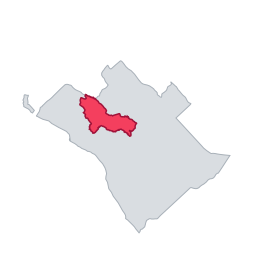 Malanje highlighted on a map of Angola, rotated 317°
{"feature_id": "AGO-1876", "entity_name": "Malanje", "entity_type": "Province", "adm_level": 1, "iso_a3": "AGO", "parent_name": "Angola", "parent_adm1": "", "projection": "equal_earth", "projection_center": [17.064, -9.524], "detail": "fine", "context": "in_parent", "style": "filled", "palette": "rose", "viewbox_px": 256, "rotation_deg": 317, "n_neighbors": 0, "source": "natural_earth", "source_scale": "10m", "svg_char_len": 8644}
<svg xmlns="http://www.w3.org/2000/svg" viewBox="0 0 256 256"><g transform="rotate(317 128 128)"><path d="M190.8,123.7L191.0,125.5L191.2,128.0L191.3,129.9L191.5,130.7L191.5,131.1L191.3,131.6L191.2,132.7L190.9,133.7L190.7,134.3L190.8,135.6L190.6,139.2L190.5,141.1L190.9,144.3L190.8,145.3L189.9,148.3L189.7,149.8L189.6,150.5L190.5,152.7L190.5,153.2L189.8,153.3L189.2,153.4L169.9,153.4L169.7,191.1L169.6,194.3L170.2,198.6L171.3,203.2L171.7,203.6L172.9,204.5L174.4,206.2L175.3,207.5L177.1,209.8L179.5,212.7L183.8,217.6L169.2,221.2L163.6,222.5L163.1,222.5L162.3,222.0L160.5,221.9L158.4,222.6L156.7,222.8L155.5,222.5L154.3,221.9L153.1,221.0L151.1,220.6L148.2,220.9L145.4,220.7L142.8,220.1L140.8,219.9L139.7,220.0L138.4,219.8L137.1,219.3L136.0,218.4L134.7,216.6L133.7,214.8L133.4,214.6L133.1,214.3L132.7,214.2L127.0,214.2L92.0,214.1L87.9,214.4L87.6,214.3L87.1,214.1L86.7,213.7L85.6,212.7L84.6,212.0L83.2,210.7L82.3,209.3L81.6,208.9L80.3,208.6L79.3,208.4L78.5,208.3L77.1,209.0L76.0,209.6L75.2,210.2L73.9,211.0L72.8,211.7L70.9,211.6L70.5,211.7L69.4,211.6L68.4,211.0L67.3,211.1L66.2,211.9L64.6,212.2L64.9,207.0L65.3,204.7L65.3,201.9L65.0,194.8L64.7,193.8L64.5,192.6L65.5,191.7L66.0,191.1L66.7,189.9L67.2,188.2L67.7,184.6L69.8,176.1L70.7,167.8L72.0,163.8L72.5,159.4L76.0,153.7L76.9,150.2L78.7,148.5L81.3,146.7L83.2,143.4L84.1,141.1L85.1,136.8L85.1,132.3L85.7,126.2L85.6,124.5L84.6,122.1L84.4,120.3L83.5,118.6L82.5,117.4L82.0,115.1L80.3,111.5L79.8,109.0L79.0,107.3L78.9,105.2L78.4,102.9L77.6,100.7L76.8,98.1L76.8,97.3L77.3,96.4L77.8,96.1L77.6,96.5L77.3,97.1L77.4,97.6L80.5,93.1L80.7,92.2L80.6,91.2L80.6,90.0L80.7,88.6L77.7,80.4L75.3,72.7L74.9,68.8L71.7,63.6L70.4,60.3L69.7,58.0L69.2,57.1L69.4,56.6L70.2,56.5L72.0,56.0L74.5,55.4L76.8,54.0L77.4,53.4L78.6,53.3L79.8,53.7L80.3,53.4L80.5,53.4L83.4,53.4L84.6,53.3L86.9,53.3L88.3,53.4L89.1,53.6L91.3,53.8L94.0,53.8L94.9,53.7L98.5,53.6L105.1,53.4L108.6,53.4L111.3,53.4L112.5,53.9L113.6,54.9L114.1,55.7L114.3,56.1L114.7,56.9L115.3,57.6L115.5,58.7L115.3,60.2L115.4,62.0L115.7,64.0L116.5,66.2L117.6,68.5L118.1,70.3L117.9,71.6L118.3,73.0L119.1,74.5L119.7,75.3L120.0,75.9L121.0,78.2L124.0,84.5L124.5,84.8L125.1,84.7L126.5,84.4L127.9,84.4L128.9,85.0L129.3,84.9L130.8,83.8L132.3,83.4L133.9,83.0L134.7,82.5L135.7,82.5L138.2,83.4L138.7,83.5L140.8,83.5L142.8,83.0L143.1,79.3L143.2,78.6L143.7,77.2L144.3,76.0L144.4,74.9L144.3,73.3L144.8,71.4L146.2,69.9L148.4,69.2L149.7,69.1L151.7,68.6L154.8,68.2L155.9,68.3L156.0,68.5L155.3,71.1L155.3,72.0L155.5,72.8L156.1,73.3L162.1,73.4L168.0,73.7L168.3,73.8L168.6,74.0L168.9,75.3L168.8,77.8L168.3,81.6L168.5,85.0L169.4,88.2L169.5,93.2L168.7,99.8L168.5,104.0L168.9,105.8L169.9,107.6L171.3,109.6L172.5,112.0L173.2,115.1L173.5,117.0L173.3,117.8L173.3,119.2L173.5,121.1L173.3,122.4L172.5,123.1L172.2,123.9L172.6,125.6L172.7,127.2L173.2,128.2L173.6,128.2L174.4,127.7L175.4,126.7L176.1,126.2L177.2,126.3L178.8,126.6L181.5,126.7L182.3,126.5L184.9,125.1L185.5,125.0L186.5,125.2L187.9,125.6L189.4,125.6L190.1,125.2L190.1,124.7L190.4,123.9L190.8,123.7ZM77.4,36.1L77.2,36.4L76.1,37.0L74.8,37.6L73.2,39.9L72.4,41.0L72.2,41.2L71.4,41.8L70.9,42.3L70.9,42.5L71.3,42.9L71.6,43.4L71.6,47.2L71.5,51.1L71.3,51.4L70.2,51.5L68.9,51.8L68.4,51.9L68.3,51.6L67.8,50.2L68.1,48.8L68.3,47.9L68.0,45.8L67.3,44.0L66.6,41.8L66.4,41.3L67.0,40.6L67.9,39.0L68.3,38.1L69.4,38.0L69.8,37.4L70.1,36.4L70.2,35.9L71.4,35.5L72.9,34.7L73.7,33.8L74.5,33.2L75.0,33.2L75.4,33.5L76.3,35.0L77.1,35.9L77.4,36.1Z" fill="#d9dde1" stroke="#a8b0b8" stroke-width="1"/><path d="M119.5,74.7L119.5,75.0L119.7,75.4L119.7,75.2L119.8,75.2L120.0,75.3L120.3,75.4L120.3,75.5L120.0,75.7L120.0,75.9L120.0,76.0L120.2,76.3L120.4,76.7L120.5,77.3L120.7,77.6L121.2,78.0L121.4,78.2L121.4,78.4L121.4,78.7L121.4,79.0L121.6,79.1L121.6,79.3L121.8,79.4L121.8,79.5L121.7,79.8L121.7,80.0L121.9,80.2L122.0,80.4L122.2,80.5L122.3,80.5L122.4,80.8L122.4,81.0L122.6,81.0L122.8,81.2L122.8,81.4L122.8,81.6L123.0,81.6L123.1,81.8L123.0,82.1L123.0,82.3L123.3,82.6L123.3,82.9L123.5,82.7L123.5,83.1L123.6,83.3L123.9,83.6L124.0,83.7L124.1,83.9L123.9,84.3L124.0,84.5L124.0,85.0L123.9,85.1L123.9,85.3L124.0,85.5L124.2,87.5L124.2,87.8L124.3,88.2L124.4,88.3L124.3,88.6L124.1,89.0L124.0,89.3L123.9,89.7L123.9,90.1L124.0,90.6L124.5,91.8L124.6,92.6L124.6,95.1L124.4,96.5L124.3,96.8L124.4,97.2L124.5,98.5L124.5,99.0L124.3,99.8L124.2,100.4L124.0,100.7L123.8,100.8L122.6,101.4L122.3,101.5L122.1,101.8L121.9,102.1L121.9,102.4L122.0,102.8L122.3,103.8L122.6,104.5L122.7,105.0L122.7,105.6L122.9,105.8L123.2,106.1L123.4,106.4L123.5,106.6L123.6,106.8L124.4,107.1L124.6,107.3L124.8,107.9L124.9,108.2L125.0,108.4L125.1,108.7L125.5,108.7L125.9,108.8L131.3,111.5L131.5,111.8L131.5,112.1L131.4,112.5L131.2,113.0L131.0,113.3L130.9,113.5L130.7,114.1L130.7,114.4L130.7,114.8L130.9,115.1L131.1,115.5L131.7,116.1L132.7,117.1L132.9,117.2L133.2,117.3L133.7,117.1L134.0,117.4L133.8,117.7L134.0,117.7L134.2,117.8L134.3,117.8L134.4,118.0L134.5,118.3L134.6,118.7L134.8,118.9L134.8,119.1L135.0,119.1L135.3,119.4L135.5,119.2L135.5,119.4L135.5,119.5L135.6,119.8L135.8,120.0L135.7,120.1L135.6,120.3L135.5,120.5L135.6,120.8L135.4,120.9L135.2,120.8L135.1,121.0L135.3,122.0L135.3,122.3L135.5,122.7L135.6,123.0L135.8,123.3L136.3,124.0L136.5,124.2L136.6,124.5L136.7,124.9L136.7,125.3L136.6,126.0L136.6,126.3L136.7,126.7L136.9,127.4L137.0,127.8L136.9,128.2L136.9,128.4L136.9,128.7L137.1,129.0L137.3,129.3L137.4,129.5L137.5,130.3L137.4,130.5L137.2,130.6L136.8,130.5L136.5,130.5L136.0,130.7L134.9,131.2L134.4,131.6L134.1,131.8L133.4,132.7L133.2,132.9L133.0,133.0L132.8,133.0L132.2,133.0L131.7,132.8L130.5,133.2L130.3,133.2L129.8,133.0L129.6,133.1L129.4,133.2L129.2,133.2L129.0,132.8L128.9,132.7L128.7,132.7L128.4,132.8L128.0,132.8L127.9,132.7L127.8,132.4L127.8,131.9L127.7,131.5L127.6,131.1L127.3,130.9L127.0,130.5L127.2,131.5L127.2,132.4L127.1,132.9L126.9,133.2L125.9,134.6L125.7,134.8L125.2,135.3L124.5,135.6L123.6,135.0L123.7,134.7L123.7,134.3L123.7,134.1L123.4,133.3L123.4,133.0L123.5,132.7L123.9,132.5L123.9,132.4L123.9,132.1L123.5,132.3L123.5,132.1L123.5,131.8L123.5,131.6L123.8,131.5L123.8,131.4L123.8,131.1L123.8,130.7L123.2,129.5L123.2,129.0L123.1,128.8L123.1,128.7L122.8,128.7L122.6,128.6L122.5,128.4L122.6,128.1L122.9,127.9L122.9,128.0L123.1,127.8L123.1,127.6L123.1,127.2L123.1,126.9L122.9,126.4L122.7,126.0L122.5,125.6L122.4,125.4L122.3,125.2L122.3,124.7L122.3,124.4L122.1,124.2L121.6,123.8L121.4,123.5L120.8,123.6L120.4,123.3L120.2,123.4L120.1,122.9L119.8,122.9L119.6,122.8L119.5,123.0L119.4,123.1L119.1,122.9L118.8,122.6L117.7,122.2L117.3,122.0L116.9,122.2L116.7,122.1L116.4,122.3L116.2,122.2L115.9,121.9L115.6,121.3L115.5,121.2L115.4,121.2L115.1,121.1L114.9,121.0L114.7,120.5L114.5,120.4L114.4,120.3L114.4,120.1L114.7,119.7L114.2,119.3L114.1,119.0L113.9,118.7L113.2,117.5L112.9,117.4L112.6,117.1L112.6,116.9L112.7,116.4L112.2,115.5L112.0,115.4L111.7,115.3L111.6,115.2L111.5,114.7L111.5,114.1L111.5,113.8L111.7,113.7L111.8,113.6L112.0,113.4L111.6,111.3L111.4,111.2L111.2,110.1L111.1,109.9L110.8,109.8L110.5,109.3L110.4,109.1L110.4,108.8L110.3,108.5L110.1,108.1L109.9,108.0L109.7,107.9L109.3,107.8L109.1,107.8L108.9,107.7L108.7,107.7L108.6,107.8L108.4,107.6L108.2,107.5L107.9,107.7L107.7,107.4L107.4,107.7L107.2,107.8L106.4,107.7L106.2,107.5L106.0,107.8L105.8,108.2L105.7,108.4L104.5,108.5L104.3,108.5L104.1,108.4L103.7,108.6L103.3,108.5L103.1,108.5L102.9,108.7L102.6,108.6L101.8,108.7L101.4,108.9L100.9,108.8L100.7,108.8L100.4,108.7L100.2,108.6L99.7,108.6L99.5,108.2L99.1,108.1L99.0,107.9L98.8,107.8L98.8,107.6L99.0,107.2L99.2,106.9L99.2,106.6L99.2,106.1L99.1,105.7L98.9,105.1L98.9,104.8L99.4,103.9L99.3,103.3L98.8,102.7L98.9,102.4L99.0,102.4L99.6,102.4L100.0,102.2L100.2,101.7L100.3,101.1L100.6,100.7L100.8,100.7L101.3,100.6L101.5,100.6L101.8,100.1L102.2,100.1L102.6,99.7L102.8,99.8L103.0,99.9L103.1,100.0L103.5,100.0L103.9,99.9L104.1,99.7L104.3,99.6L104.3,98.7L104.3,97.8L104.3,97.6L104.4,97.1L104.5,95.8L104.8,94.5L105.1,93.9L105.1,93.6L105.1,93.3L104.9,93.0L104.5,92.7L104.3,92.5L104.1,92.2L104.0,91.9L104.2,91.4L104.6,90.6L104.6,90.4L104.6,90.2L104.9,89.8L105.9,89.3L106.1,89.1L106.1,88.8L106.1,88.6L106.0,87.8L105.9,87.1L105.9,86.4L106.6,86.5L106.9,86.5L107.2,86.4L107.5,86.1L108.3,85.8L108.5,85.7L109.0,85.1L109.1,83.8L109.4,83.0L109.4,82.7L109.4,82.4L109.3,81.7L108.7,79.0L108.6,78.7L108.7,78.3L108.8,78.0L109.1,77.7L109.5,77.6L110.0,77.5L110.3,77.4L110.9,76.8L111.6,75.5L112.3,74.8L113.9,74.0L114.2,73.9L114.3,74.0L114.5,74.1L114.7,74.3L114.9,74.6L115.1,75.3L116.1,77.2L116.4,77.4L116.6,77.6L116.8,77.8L117.1,77.8L117.3,77.8L117.5,77.8L117.8,77.6L118.0,77.3L118.1,76.9L118.2,76.6L118.2,75.8L118.3,75.5L118.5,75.3L118.9,75.0L119.5,74.7Z" fill="#f43f5e" stroke="#9f1239" stroke-width="1.5"/></g></svg>